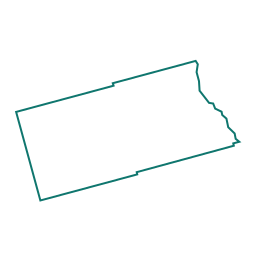 Rock, Nebraska, United States of America, rotated 75°
{"feature_id": "52423323B87460612121029", "entity_name": "Rock", "entity_type": "district", "adm_level": 2, "iso_a3": "USA", "parent_name": "United States of America", "parent_adm1": "Nebraska", "projection": "albers", "projection_center": [-99.446, 42.445], "detail": "fine", "context": "isolated", "style": "outline", "palette": "teal", "viewbox_px": 256, "rotation_deg": 75, "n_neighbors": 0, "source": "geoboundaries", "source_scale": "gbopen_adm2", "svg_char_len": 429}
<svg xmlns="http://www.w3.org/2000/svg" viewBox="0 0 256 256"><g transform="rotate(75 128 128)"><path d="M83.5,231.9L175.3,231.4L175.2,131.1L172.9,131.0L172.5,30.4L170.1,30.3L170.1,24.1L166.3,26.8L160.9,26.4L153.2,31.0L144.4,30.5L139.8,33.6L136.5,33.4L131.8,38.8L126.4,39.4L124.7,43.2L110.5,49.2L101.1,47.3L91.8,47.3L84.5,44.1L80.7,45.3L80.8,131.1L83.4,131.0L83.5,231.9Z" fill="none" stroke="#0f766e" stroke-width="2"/></g></svg>